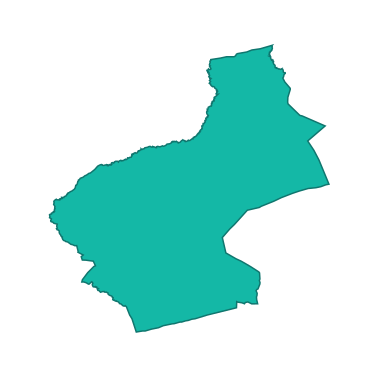 outline of Simanjiro, Manyara, United Republic of Tanzania, rotated 257°
{"feature_id": "72390352B2790991966076", "entity_name": "Simanjiro", "entity_type": "district", "adm_level": 2, "iso_a3": "TZA", "parent_name": "United Republic of Tanzania", "parent_adm1": "Manyara", "projection": "robinson", "projection_center": [37.302, -4.321], "detail": "fine", "context": "isolated", "style": "filled", "palette": "teal", "viewbox_px": 384, "rotation_deg": 257, "n_neighbors": 0, "source": "geoboundaries", "source_scale": "gbopen_adm2", "svg_char_len": 5977}
<svg xmlns="http://www.w3.org/2000/svg" viewBox="0 0 384 384"><g transform="rotate(257 192 192)"><path d="M129.1,64.4L128.7,66.3L127.3,68.6L125.6,70.3L125.4,71.0L127.1,74.0L126.5,74.6L125.4,74.8L125.1,74.8L124.6,74.1L123.2,74.0L121.9,74.4L121.6,75.0L121.6,76.3L121.2,76.2L121.0,77.3L120.7,77.0L119.3,78.6L119.3,78.0L118.8,77.9L117.3,78.2L117.1,79.0L114.9,80.3L115.1,82.6L114.7,84.2L114.2,84.2L113.9,85.0L113.7,86.2L113.0,86.7L112.6,87.4L111.4,87.3L110.6,87.8L109.4,89.1L108.9,90.1L108.1,90.7L107.5,90.6L106.8,91.4L105.2,90.6L104.7,90.7L104.2,91.3L104.2,91.9L103.0,92.7L102.9,93.8L102.5,93.8L101.8,95.2L100.6,96.1L99.6,96.2L99.0,97.5L96.5,99.3L96.0,100.5L96.3,101.3L94.9,102.3L86.1,103.6L82.0,105.0L68.1,106.2L67.7,112.5L67.1,115.1L67.5,121.7L67.3,128.9L68.2,133.9L68.0,143.0L67.7,145.1L68.0,151.0L67.6,152.7L67.9,156.8L67.7,159.4L68.1,163.2L67.8,166.5L68.7,179.0L69.2,209.3L75.1,210.9L74.4,211.8L72.8,215.8L71.3,218.0L72.3,219.0L72.3,221.7L69.6,225.0L68.3,230.8L72.7,230.8L75.2,231.2L76.7,232.1L78.7,232.7L81.4,232.2L82.5,233.3L82.7,234.5L87.0,237.4L88.5,237.9L90.6,237.7L91.9,238.6L98.0,239.6L99.0,239.2L106.0,232.4L113.4,224.5L117.0,219.9L125.0,211.3L140.8,211.3L147.5,220.5L150.8,226.0L161.8,241.8L161.8,254.2L162.5,256.2L164.6,269.6L166.4,277.7L168.1,289.6L168.8,296.8L169.3,306.0L168.3,313.7L168.2,318.6L168.9,324.0L168.8,327.2L194.6,322.9L205.3,320.1L215.7,316.2L226.4,336.6L241.3,316.5L242.4,314.3L256.2,305.4L258.0,305.4L262.7,306.7L269.8,310.8L271.0,311.0L278.3,307.2L282.6,306.1L283.6,307.1L285.9,308.2L286.5,309.5L287.3,309.6L287.6,308.6L288.2,308.0L290.3,308.2L291.3,307.9L291.6,306.5L291.8,306.7L291.6,305.6L292.3,304.8L292.3,304.1L293.2,303.3L293.5,302.2L294.0,302.3L293.9,301.8L294.4,301.6L294.6,301.0L296.8,301.4L297.9,300.5L300.5,300.1L300.6,300.8L301.1,300.8L301.6,300.4L302.3,300.5L302.4,299.3L303.1,299.6L303.3,299.0L304.8,298.7L305.9,299.1L307.0,297.8L307.0,298.5L307.2,298.8L308.3,298.6L308.7,298.1L310.6,298.9L310.4,299.3L310.8,299.3L310.9,299.8L311.4,300.0L311.4,300.6L312.1,301.6L312.5,301.5L312.8,302.0L314.1,302.7L314.7,302.5L315.7,302.9L316.3,302.5L316.9,303.2L316.2,290.7L316.9,282.3L316.1,276.9L316.6,267.6L316.3,266.3L314.9,265.1L314.3,263.4L316.0,256.2L316.1,249.7L316.8,240.1L316.1,240.0L315.4,238.9L314.3,238.9L312.1,237.6L311.3,237.6L310.8,238.1L310.4,237.4L308.1,238.2L307.3,237.8L307.4,236.1L308.2,235.7L307.3,234.9L307.2,233.9L306.1,234.1L305.6,234.8L305.1,234.3L304.4,234.4L304.1,235.4L302.7,234.9L301.8,235.4L300.5,234.3L300.0,234.8L299.2,234.9L298.5,235.9L298.2,235.0L297.6,235.3L296.7,234.1L295.4,234.9L294.1,233.3L293.1,234.3L292.6,234.1L292.2,234.5L291.5,234.5L290.0,235.7L290.1,236.2L289.2,237.5L288.1,237.6L286.4,239.1L285.8,238.7L285.2,239.4L284.7,238.9L284.2,239.4L283.7,238.6L283.3,238.7L282.2,237.5L281.5,238.3L281.4,239.3L279.9,236.8L279.2,234.9L278.1,235.2L277.6,234.1L275.9,234.1L276.1,233.3L275.7,233.0L275.6,232.0L275.0,231.7L275.2,232.3L273.9,231.6L273.9,230.9L273.1,230.6L272.3,230.8L271.8,230.1L271.4,230.1L271.5,229.1L270.9,226.9L269.2,226.2L269.2,225.5L268.8,225.7L268.0,225.2L267.5,225.4L267.5,224.9L266.6,224.2L264.8,224.1L262.8,225.1L262.3,224.1L261.7,224.3L261.6,223.5L261.1,223.5L260.8,222.0L259.2,222.0L258.8,220.7L257.3,220.7L257.1,219.8L256.5,219.7L255.8,218.8L256.1,218.2L254.1,217.5L254.1,216.4L251.6,216.2L251.5,215.7L250.8,215.5L250.8,214.8L250.1,213.8L249.5,213.9L249.4,213.5L248.9,213.4L249.1,212.9L248.4,212.6L248.1,211.8L247.4,211.7L247.6,210.9L247.1,210.6L246.9,209.9L246.0,209.4L245.1,207.3L245.2,206.9L244.7,206.6L244.9,205.7L243.6,204.9L244.0,204.5L242.7,201.6L242.8,200.5L243.3,200.2L243.2,199.7L242.8,199.5L242.5,197.3L242.8,196.6L243.6,196.7L244.1,195.5L244.9,194.8L244.6,194.5L244.4,193.4L243.2,191.7L242.9,189.6L243.8,189.4L244.4,188.4L245.0,188.1L244.7,187.2L245.3,186.2L245.0,185.7L245.7,184.9L245.5,184.1L245.2,184.1L245.4,183.6L244.5,182.8L244.0,181.1L244.3,178.4L243.6,177.5L243.0,175.6L243.0,174.4L243.6,173.7L243.2,170.9L244.2,168.8L244.1,167.7L243.2,167.5L243.2,167.0L244.8,164.8L244.6,164.2L245.2,163.8L244.8,163.4L244.9,162.5L245.7,161.8L246.0,160.6L245.6,158.6L245.7,156.0L244.9,154.9L245.0,153.6L244.6,152.7L245.5,152.1L245.0,152.0L244.1,150.4L244.2,149.0L243.5,148.9L243.5,148.3L242.4,147.1L242.4,146.1L243.1,145.5L242.4,142.6L242.1,142.8L242.2,141.9L241.8,142.0L241.4,141.5L240.9,141.8L239.5,140.4L239.8,139.4L239.4,138.1L239.7,137.3L239.3,137.4L238.4,135.1L238.9,134.5L238.5,134.1L238.7,133.4L238.2,132.7L238.0,131.5L238.5,130.8L238.2,130.1L238.9,129.5L238.4,127.6L237.7,127.1L238.7,126.3L239.1,124.5L238.8,123.2L238.2,123.0L237.9,122.0L238.5,121.4L238.5,120.2L237.6,119.5L237.0,120.0L236.5,119.5L236.7,118.2L237.2,117.9L236.8,116.9L237.5,117.1L236.5,116.4L236.7,115.6L237.5,115.8L237.5,115.3L237.9,115.0L237.6,114.4L237.9,113.6L237.7,112.2L238.2,110.6L238.8,110.6L239.2,109.8L239.0,108.1L238.4,105.9L235.8,102.3L233.3,97.1L233.4,95.9L232.1,92.7L232.0,91.5L230.9,89.2L230.5,86.2L229.7,85.4L229.1,84.0L228.6,84.1L227.9,83.1L225.7,82.0L224.7,81.0L224.8,80.5L224.6,80.2L222.4,79.2L221.2,78.0L219.9,75.0L219.7,73.4L219.1,72.5L219.0,71.1L218.7,71.1L218.3,70.1L217.7,70.0L217.8,69.6L216.4,68.1L216.3,66.5L215.4,65.9L215.9,64.3L215.4,64.2L215.7,63.9L215.4,63.9L215.3,63.3L215.1,63.8L214.9,63.6L214.9,62.4L214.3,61.9L214.5,61.7L214.2,61.3L214.5,61.1L214.2,60.8L214.9,58.4L215.5,58.1L214.6,55.9L213.5,55.1L212.5,55.3L211.1,54.4L208.7,55.2L207.1,54.5L206.6,54.8L205.5,53.8L204.2,53.8L204.1,52.6L203.4,52.8L203.0,50.3L202.2,50.1L202.2,48.7L201.8,48.0L200.3,48.1L199.0,47.4L197.5,49.0L196.5,48.5L196.3,48.0L195.4,47.8L194.7,48.1L194.0,49.5L192.6,50.4L191.0,53.5L189.2,52.5L187.1,52.6L186.8,51.7L185.5,52.1L185.1,53.1L183.7,53.9L182.4,53.5L181.2,53.6L179.6,54.4L178.7,54.4L177.3,55.5L177.0,55.1L174.9,55.4L173.7,56.0L172.9,57.3L172.2,57.7L171.3,59.6L168.2,62.3L167.6,63.7L166.0,65.8L165.7,67.6L159.7,67.7L159.0,67.3L155.1,71.8L153.9,69.5L150.4,69.8L149.5,73.1L146.8,80.3L141.8,81.3L141.5,79.6L136.9,72.3L131.2,65.5L129.1,64.4Z" fill="#14b8a6" stroke="#0f766e" stroke-width="1.5"/></g></svg>